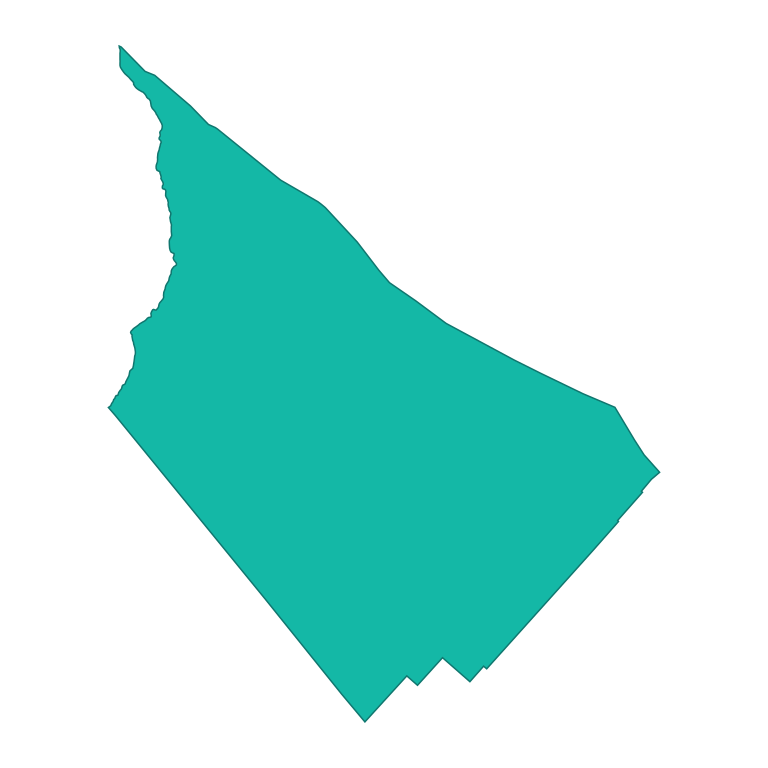 José C. Paz, Buenos Aires, Argentina
{"feature_id": "61730980B63252687279730", "entity_name": "José C. Paz", "entity_type": "district", "adm_level": 2, "iso_a3": "ARG", "parent_name": "Argentina", "parent_adm1": "Buenos Aires", "projection": "robinson", "projection_center": [-58.809, -34.505], "detail": "fine", "context": "isolated", "style": "filled", "palette": "teal", "viewbox_px": 768, "rotation_deg": 0, "n_neighbors": 0, "source": "geoboundaries", "source_scale": "gbopen_adm2", "svg_char_len": 3344}
<svg xmlns="http://www.w3.org/2000/svg" viewBox="0 0 768 768"><path d="M317.9,201.7L280.6,180.1L217.6,129.1L215.4,127.6L208.5,124.5L190.5,106.0L154.7,75.3L145.1,71.4L121.2,47.0L119.2,46.1L119.4,47.9L120.2,49.5L120.2,51.6L120.0,53.2L120.0,55.6L120.0,59.7L120.1,61.1L120.0,63.4L120.0,65.4L120.4,67.1L121.1,68.4L122.0,69.8L122.7,70.8L123.7,72.2L124.9,73.7L125.9,74.6L127.0,75.6L128.9,77.3L130.3,79.0L131.3,80.1L132.6,81.4L133.6,82.7L133.6,84.3L134.3,85.5L135.6,87.3L136.6,88.3L138.6,89.8L140.4,90.8L141.9,91.7L143.0,92.1L144.1,93.2L145.1,94.3L146.0,95.6L146.8,97.3L148.0,98.5L149.1,99.1L150.3,100.8L150.7,102.9L151.2,106.1L152.4,108.6L153.3,109.5L154.6,111.0L155.7,112.6L156.4,114.4L157.2,115.3L158.5,117.9L159.5,119.5L160.4,121.3L161.6,123.5L162.3,125.6L162.1,128.2L161.5,129.9L160.2,131.4L159.8,132.6L160.2,134.6L160.1,136.1L159.2,137.7L159.1,139.0L160.9,141.0L161.2,142.3L160.5,143.9L160.1,146.0L159.6,147.5L159.1,150.1L158.3,152.1L157.9,153.6L157.5,157.5L157.6,159.3L157.4,161.9L156.3,165.0L156.1,166.5L156.2,168.5L157.0,170.3L158.4,171.0L159.7,171.6L160.2,173.7L160.7,175.0L161.2,177.1L160.9,178.6L162.7,181.8L163.2,183.1L163.2,184.7L162.4,186.0L162.3,188.0L163.2,189.0L164.5,189.1L165.5,190.0L165.9,191.5L165.7,193.1L165.6,195.6L166.2,197.2L167.6,199.5L167.9,201.1L168.3,202.4L168.1,204.3L168.4,206.5L169.0,208.2L169.2,210.2L169.9,211.4L170.6,212.4L170.9,213.9L170.4,215.7L169.9,217.7L170.2,219.4L170.5,221.5L171.0,223.1L171.5,225.0L171.3,226.5L171.3,228.5L171.3,230.2L171.3,231.7L171.5,233.5L171.7,235.6L170.7,237.9L169.7,239.3L169.3,240.9L169.3,242.7L169.4,245.3L169.5,246.7L169.6,248.2L170.2,250.5L171.1,252.1L172.8,253.0L174.0,253.5L174.1,255.1L173.7,256.5L173.2,257.9L173.6,259.3L174.3,260.6L175.1,261.5L176.4,263.3L176.4,265.0L175.2,265.9L174.0,266.6L172.8,268.0L171.9,269.3L171.3,270.8L171.2,272.5L171.1,273.9L170.4,275.2L169.7,276.5L169.2,278.1L169.0,279.4L168.7,280.8L166.5,284.3L165.7,286.0L165.3,287.7L165.1,289.0L164.3,291.0L163.8,292.3L163.5,295.6L163.7,297.1L163.1,298.8L161.8,300.4L161.0,301.4L159.9,302.6L159.1,304.1L158.4,307.3L157.3,308.8L156.0,310.1L154.8,309.9L153.7,309.4L152.7,309.8L151.9,311.1L151.3,312.3L150.9,313.7L151.2,315.1L151.2,316.7L150.2,317.3L148.8,317.4L147.4,318.2L146.5,319.3L145.4,320.4L144.3,321.2L143.1,321.8L139.9,323.7L138.5,325.0L137.3,325.9L135.5,327.2L134.3,328.0L133.0,329.1L132.2,330.1L131.3,330.9L130.6,332.3L131.1,333.7L132.1,334.8L132.0,336.4L132.7,340.4L133.4,342.0L133.7,344.1L134.4,346.4L134.9,348.2L135.4,351.8L135.4,353.2L135.2,354.7L134.7,356.1L134.5,358.0L134.0,361.9L133.7,363.6L133.4,365.7L132.8,368.3L130.9,370.0L130.0,370.8L129.6,372.2L129.2,374.5L128.9,375.8L127.8,378.0L127.2,379.1L126.6,380.3L125.9,381.6L125.2,383.8L124.1,384.6L123.0,385.0L122.2,386.0L121.7,388.1L121.1,389.4L120.3,390.2L118.7,392.5L118.3,393.9L117.8,395.3L116.1,395.6L115.2,397.1L114.8,398.5L113.7,399.5L113.1,401.5L111.8,403.3L111.2,404.5L110.8,405.7L109.9,406.4L108.4,407.5L115.5,415.7L264.6,598.3L341.7,694.2L364.9,721.9L406.8,675.9L417.5,685.3L442.5,657.7L469.9,681.7L483.6,666.2L486.7,668.8L592.4,551.1L618.5,521.5L617.6,520.5L642.5,492.3L641.4,491.2L651.4,479.3L659.6,472.3L644.1,454.9L634.5,440.0L614.9,407.3L582.9,393.7L540.9,373.4L514.3,360.1L446.1,323.4L415.7,300.8L389.5,282.7L378.9,270.3L357.2,242.0L325.3,207.6L321.2,204.2L317.9,201.7Z" fill="#14b8a6" stroke="#0f766e" stroke-width="1.5"/></svg>